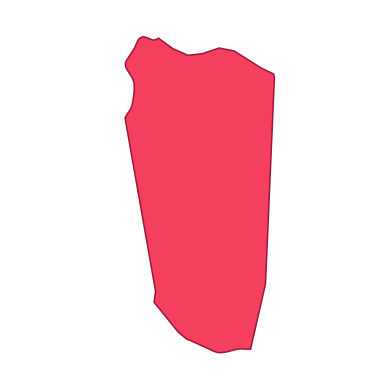 outline of Manchester, rotated 196°
{"feature_id": "JAM-1372", "entity_name": "Manchester", "entity_type": "Parish", "adm_level": 1, "iso_a3": "JAM", "parent_name": "Jamaica", "parent_adm1": "", "projection": "mercator", "projection_center": [-77.454, 18.04], "detail": "fine", "context": "isolated", "style": "filled", "palette": "rose", "viewbox_px": 384, "rotation_deg": 196, "n_neighbors": 0, "source": "natural_earth", "source_scale": "10m", "svg_char_len": 721}
<svg xmlns="http://www.w3.org/2000/svg" viewBox="0 0 384 384"><g transform="rotate(196 192 192)"><path d="M266.4,330.7L265.7,330.3L250.0,324.5L233.5,322.3L220.4,327.7L205.5,337.9L190.4,339.2L159.5,330.2L146.0,327.9L144.3,324.6L96.0,123.8L92.4,57.0L101.5,54.7L105.8,53.1L113.7,48.3L118.9,45.9L122.8,44.8L126.9,44.9L154.0,49.0L156.2,48.9L166.4,53.4L198.0,75.5L199.7,86.6L276.8,244.8L275.8,249.0L273.8,254.9L273.6,258.5L273.9,263.5L275.5,273.6L276.8,278.1L278.0,281.3L281.3,285.7L289.3,292.7L290.9,295.3L291.6,297.8L291.3,300.2L287.1,314.0L285.7,323.1L284.9,325.0L283.7,326.4L282.3,327.5L280.4,327.9L278.2,328.0L271.9,327.2L269.8,327.9L268.4,328.8L266.4,330.7Z" fill="#f43f5e" stroke="#9f1239" stroke-width="1.5"/></g></svg>